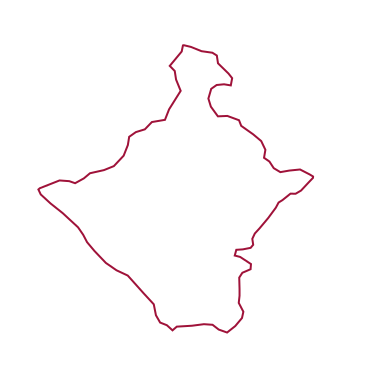 Vetlanda, Jönköping, Sweden (orthographic projection), rotated 310°
{"feature_id": "70781695B55162633112415", "entity_name": "Vetlanda", "entity_type": "district", "adm_level": 2, "iso_a3": "SWE", "parent_name": "Sweden", "parent_adm1": "Jönköping", "projection": "orthographic", "projection_center": [15.247, 57.391], "detail": "fine", "context": "isolated", "style": "outline", "palette": "rose", "viewbox_px": 384, "rotation_deg": 310, "n_neighbors": 0, "source": "geoboundaries", "source_scale": "gbopen_adm2", "svg_char_len": 1415}
<svg xmlns="http://www.w3.org/2000/svg" viewBox="0 0 384 384"><g transform="rotate(310 192 192)"><path d="M281.7,274.7L281.1,270.9L278.7,260.3L271.0,252.8L264.0,246.9L262.8,239.3L265.1,231.7L264.5,225.2L271.5,221.1L275.5,212.3L275.5,201.8L274.3,187.2L277.2,181.9L273.0,170.2L266.6,163.2L269.5,151.6L274.1,144.5L283.4,140.4L289.8,142.1L295.1,147.3L298.6,153.2L305.0,149.6L306.2,143.8L307.3,129.2L312.5,123.3L311.8,118.1L306.0,108.8L302.4,97.8L298.9,90.8L299.1,90.5L293.0,93.8L274.3,93.9L273.6,101.0L267.9,107.5L262.2,118.3L240.6,121.3L229.9,124.9L219.8,116.3L209.7,115.6L201.8,110.5L193.9,108.4L186.7,112.7L175.9,116.3L161.6,115.5L152.2,110.5L140.8,101.8L132.9,100.4L123.6,96.8L121.4,91.0L115.7,83.1L105.0,77.3L97.1,73.0L95.2,72.7L92.9,77.7L92.3,91.0L92.7,106.7L92.2,116.8L91.7,127.4L89.3,136.1L86.1,143.9L84.1,155.4L82.3,171.6L83.5,184.5L86.7,196.5L83.3,220.1L81.4,234.9L74.4,243.6L71.5,251.5L73.8,258.4L73.5,266.0L79.1,266.9L89.5,277.9L98.4,286.1L103.5,293.1L103.8,300.9L106.9,309.2L117.1,311.3L127.6,311.3L133.3,308.3L137.1,299.1L143.1,295.1L148.1,290.9L155.0,284.8L156.8,283.2L162.5,282.5L170.5,286.5L174.7,283.5L173.2,270.6L170.8,265.6L176.2,263.1L180.7,267.8L186.9,272.8L190.9,272.8L194.9,268.3L200.6,266.8L207.6,267.1L221.0,267.1L233.9,266.3L239.6,265.1L243.9,266.5L254.0,268.5L257.3,272.5L263.2,274.6L274.4,275.2L280.6,275.6L281.7,274.8L281.7,274.7Z" fill="none" stroke="#9f1239" stroke-width="2"/></g></svg>